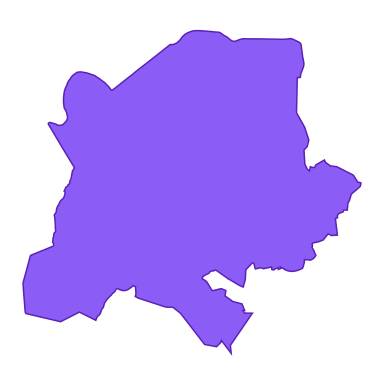 Kota Jambi, Jambi, Indonesia
{"feature_id": "22746128B99667418524197", "entity_name": "Kota Jambi", "entity_type": "district", "adm_level": 2, "iso_a3": "IDN", "parent_name": "Indonesia", "parent_adm1": "Jambi", "projection": "mercator", "projection_center": [103.597, -1.621], "detail": "fine", "context": "isolated", "style": "filled", "palette": "violet", "viewbox_px": 384, "rotation_deg": 0, "n_neighbors": 0, "source": "geoboundaries", "source_scale": "gbopen_adm2", "svg_char_len": 5740}
<svg xmlns="http://www.w3.org/2000/svg" viewBox="0 0 384 384"><path d="M216.2,32.1L209.8,31.4L209.1,31.4L203.3,30.9L200.2,30.7L198.4,30.6L196.4,30.7L194.4,30.7L193.2,30.9L191.8,31.2L189.8,31.9L188.2,32.6L186.9,33.2L185.3,34.1L184.4,35.0L183.5,35.7L182.6,36.5L181.6,37.8L180.4,39.5L179.6,40.4L178.1,41.8L177.3,42.6L176.2,43.2L175.0,43.8L173.9,44.2L172.7,44.6L170.6,44.5L170.1,44.6L169.7,44.9L152.8,58.3L136.3,71.2L130.2,76.2L128.9,77.1L114.8,88.3L113.6,89.1L112.1,90.2L112.0,90.3L111.8,90.3L111.7,90.2L111.2,89.9L110.9,89.5L110.5,89.1L110.0,88.5L109.4,87.6L108.8,86.8L107.8,85.8L106.2,84.2L104.9,82.8L104.6,82.5L103.1,81.5L101.5,80.3L100.2,79.3L98.6,78.1L97.2,77.3L96.2,76.6L94.7,75.6L93.6,75.1L92.5,74.8L87.2,73.0L81.8,72.0L80.5,71.9L79.6,72.0L78.5,72.1L77.6,72.2L76.9,72.4L76.2,72.9L74.8,73.9L72.8,75.4L72.0,76.3L71.4,77.0L70.8,77.8L70.3,78.6L69.7,79.5L68.8,80.6L68.0,82.1L67.3,83.7L66.7,85.3L66.0,86.9L65.4,88.1L65.0,89.4L64.6,90.4L64.3,91.7L63.7,96.1L63.6,97.5L63.5,99.7L63.5,101.1L63.5,102.3L63.7,104.0L64.0,106.3L64.3,108.2L66.2,111.4L67.0,114.4L67.6,117.8L66.8,120.3L65.8,121.6L64.1,123.4L62.3,125.0L60.5,125.2L58.2,125.4L56.0,124.2L52.9,123.2L50.8,122.6L49.8,122.5L49.0,122.7L48.4,123.2L48.3,123.7L48.4,124.2L59.9,143.6L63.6,149.8L65.6,153.1L74.2,167.3L74.3,167.8L74.0,168.4L73.5,169.4L72.5,170.8L71.9,173.9L71.2,177.8L71.1,178.6L70.7,179.4L70.3,180.0L70.0,180.8L69.8,181.7L69.7,182.1L69.7,182.6L69.7,183.3L69.0,184.1L68.0,184.7L68.0,185.6L66.9,186.7L65.6,187.4L65.3,188.8L64.1,191.2L65.0,192.0L65.1,192.9L65.0,193.8L64.7,195.0L64.3,196.3L63.7,197.6L62.9,198.8L61.8,199.6L60.7,200.7L60.0,201.8L59.2,203.3L58.7,204.8L57.8,205.9L57.0,207.7L56.8,208.2L56.6,208.9L56.5,209.6L56.4,210.2L56.3,211.1L56.3,211.6L56.3,211.9L56.2,212.2L56.1,212.4L55.4,213.3L54.5,214.6L54.4,214.9L54.3,215.0L54.3,215.5L54.4,215.9L54.6,216.4L54.6,216.8L54.9,218.9L54.9,219.7L55.2,222.5L55.3,225.0L55.3,228.1L55.4,229.2L55.6,230.4L55.6,230.9L55.5,231.4L55.3,231.9L55.0,232.4L54.3,232.9L54.0,233.4L53.9,234.0L53.8,234.6L53.7,236.0L53.5,236.9L53.2,237.5L53.0,238.3L52.9,239.0L53.0,239.6L53.0,240.2L52.8,240.9L52.7,241.4L52.6,241.9L52.8,242.4L53.2,243.2L53.4,243.7L53.6,244.5L53.7,245.0L53.7,245.5L53.5,245.8L53.2,246.1L52.8,246.3L32.2,254.7L31.2,255.1L30.7,255.4L30.5,255.7L30.2,256.3L26.3,270.9L23.3,281.8L23.0,283.1L23.1,283.9L23.3,287.8L24.9,308.6L25.1,310.6L25.2,311.5L25.2,312.1L25.4,312.6L25.5,312.9L25.7,313.3L26.1,313.6L60.6,321.7L79.4,312.1L95.8,320.3L95.9,320.0L96.2,319.3L96.5,318.3L96.9,317.6L97.2,316.9L97.6,316.3L97.9,316.0L98.4,315.6L99.0,315.2L99.4,314.9L99.7,314.4L100.0,314.0L100.2,313.6L100.4,313.3L100.6,312.7L100.9,312.0L101.1,311.2L101.3,310.3L101.7,309.6L102.0,308.9L102.5,308.3L102.9,308.0L103.2,307.7L103.4,307.3L103.5,306.9L103.7,306.2L104.2,304.1L104.4,303.5L104.7,303.0L105.6,301.5L105.9,301.0L106.3,300.3L107.6,298.8L108.2,298.1L108.8,297.5L109.4,296.9L110.1,296.2L111.0,295.3L111.7,294.6L112.2,293.9L112.8,293.1L113.4,292.8L114.2,292.1L114.8,291.5L115.1,291.1L115.3,290.8L115.5,290.3L115.8,289.6L116.2,289.1L116.4,289.0L116.8,288.9L117.1,288.5L117.6,288.7L118.6,289.1L119.9,289.7L120.9,290.1L122.8,290.6L125.5,290.5L128.5,289.3L129.2,288.8L129.9,288.3L131.4,287.2L133.3,285.5L135.5,287.0L136.0,294.1L135.2,296.4L138.2,298.1L164.9,306.8L166.2,307.1L169.1,307.2L171.2,307.2L172.4,307.2L173.1,307.4L180.6,313.4L204.6,344.5L216.6,346.7L220.8,342.4L221.4,340.4L231.2,353.4L230.4,345.3L252.4,313.2L245.8,313.1L244.3,313.0L242.9,310.5L244.7,310.5L242.0,303.9L232.8,301.5L225.0,295.9L225.9,290.6L222.0,288.9L221.4,288.7L220.8,288.7L220.0,288.9L213.2,290.6L212.6,290.6L212.2,290.4L211.9,290.1L211.5,289.6L207.0,282.1L205.9,280.9L202.3,278.8L202.5,277.9L202.6,276.7L205.7,274.8L208.8,273.3L209.4,272.7L209.8,271.9L210.6,271.3L211.6,271.0L212.3,271.0L214.0,270.8L215.3,270.0L216.6,270.6L227.1,278.0L227.7,278.4L227.7,278.5L227.8,278.5L239.2,285.3L243.2,287.0L245.3,279.6L245.8,269.8L252.3,262.9L252.8,262.8L253.4,263.0L253.8,263.4L255.3,268.9L261.0,267.7L262.3,268.3L263.6,268.7L271.6,267.0L271.9,269.6L273.7,270.0L275.6,268.7L278.1,267.8L278.4,269.4L280.7,268.5L280.4,267.0L285.3,269.8L287.7,270.8L290.1,271.2L293.1,271.4L296.1,270.8L298.6,270.1L302.4,268.4L303.3,266.4L303.9,264.0L304.4,261.8L304.4,259.6L310.6,260.1L313.5,258.5L314.8,257.0L315.9,255.4L315.0,253.5L313.8,250.5L312.1,247.7L312.5,245.5L312.1,244.1L312.5,243.1L319.1,241.6L323.2,240.0L328.2,233.8L331.4,235.5L337.4,235.1L336.1,224.4L335.4,218.5L337.5,217.8L337.4,215.3L338.7,213.7L340.0,213.0L342.9,212.0L343.9,210.0L347.3,210.1L347.9,203.4L349.7,199.9L351.2,194.5L351.4,194.1L360.2,186.5L361.0,183.3L360.7,182.7L359.9,182.5L357.8,182.2L353.4,175.2L351.3,174.1L336.8,166.7L330.4,165.9L325.6,162.4L324.4,160.0L315.8,164.9L314.6,167.5L312.4,167.4L310.3,166.7L309.5,171.2L309.4,171.2L307.4,169.2L307.0,168.5L305.4,165.4L304.8,164.4L304.8,163.7L304.0,150.0L305.4,148.5L307.2,146.6L308.8,140.0L304.7,127.3L300.3,119.4L296.7,113.1L296.6,112.7L296.5,112.4L297.3,77.5L300.0,77.6L300.2,77.4L300.4,77.0L300.6,75.7L300.6,75.0L300.7,74.3L301.0,73.2L301.4,72.4L301.9,71.0L303.0,68.1L303.7,66.0L303.8,65.0L303.9,63.5L303.8,62.6L303.6,61.5L303.5,60.8L303.4,60.2L303.2,59.3L303.0,58.2L302.8,57.6L302.7,57.1L301.1,44.9L300.9,44.4L300.7,43.9L300.4,43.2L299.5,42.5L298.7,42.0L293.3,39.4L291.7,38.8L291.1,38.7L290.8,38.6L289.8,38.7L288.9,38.8L287.5,39.0L286.5,39.0L285.4,39.2L282.7,39.3L277.4,39.2L266.7,39.0L256.9,38.9L253.3,38.9L247.3,38.8L245.6,38.8L243.5,38.7L242.7,38.8L241.4,39.1L240.4,39.3L239.5,39.6L238.0,40.2L235.2,41.3L234.1,41.3L233.2,41.2L232.2,41.0L231.2,40.4L230.0,39.6L229.0,38.7L228.7,38.5L228.5,38.3L227.9,37.7L226.2,36.6L225.1,36.0L223.9,35.3L222.6,34.4L221.5,33.5L220.1,32.8L219.5,32.4L218.2,32.2L217.4,32.1L216.2,32.1Z" fill="#8b5cf6" stroke="#5b21b6" stroke-width="1.5"/></svg>